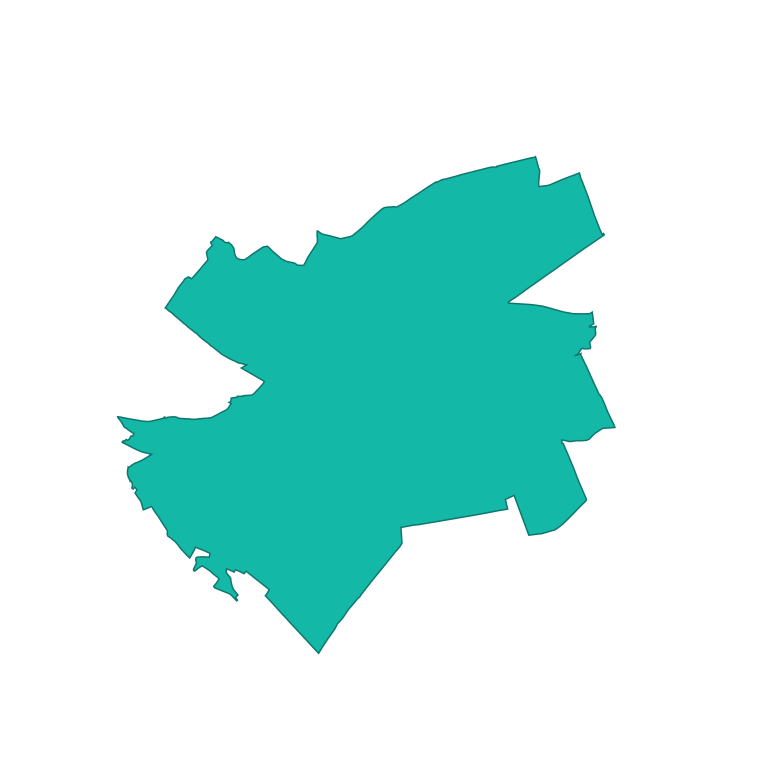 Nufaru, Tulcea, Romania (Robinson projection), rotated 332°
{"feature_id": "2599482B16280673296012", "entity_name": "Nufaru", "entity_type": "district", "adm_level": 2, "iso_a3": "ROU", "parent_name": "Romania", "parent_adm1": "Tulcea", "projection": "robinson", "projection_center": [28.921, 45.135], "detail": "fine", "context": "isolated", "style": "filled", "palette": "teal", "viewbox_px": 768, "rotation_deg": 332, "n_neighbors": 0, "source": "geoboundaries", "source_scale": "gbopen_adm2", "svg_char_len": 6123}
<svg xmlns="http://www.w3.org/2000/svg" viewBox="0 0 768 768"><g transform="rotate(332 384 384)"><path d="M233.1,210.7L226.5,214.2L227.4,215.5L227.8,217.0L228.5,218.7L230.2,221.9L231.1,224.9L233.8,231.5L235.7,236.6L236.8,238.7L237.6,241.4L239.9,246.5L241.2,249.7L242.1,251.1L243.6,255.8L245.4,260.4L246.2,261.8L247.8,265.3L249.2,269.3L249.9,270.4L254.0,279.7L254.7,281.5L256.8,284.9L257.3,285.8L258.1,286.8L258.7,287.9L260.8,290.9L263.7,294.6L264.4,295.8L265.1,296.7L265.8,297.5L268.0,299.2L270.3,301.4L271.8,302.7L265.5,302.9L279.3,325.0L279.4,325.5L278.7,326.2L277.5,326.9L275.5,327.7L264.6,331.5L263.7,331.6L262.2,331.7L259.9,330.8L254.0,328.1L253.8,328.4L253.1,328.3L250.4,327.0L248.8,326.0L248.1,326.8L244.7,325.4L242.5,324.7L240.2,327.9L239.9,327.9L238.7,327.5L239.2,328.3L239.2,328.9L239.4,329.4L239.8,329.6L234.7,332.3L232.8,332.8L230.1,332.8L226.6,332.7L223.7,332.8L218.3,332.7L216.5,332.7L214.9,332.3L212.6,331.5L208.0,329.4L205.6,328.5L204.2,327.8L203.1,327.4L202.1,327.2L196.6,324.3L196.5,324.0L196.1,323.6L194.0,322.5L186.3,317.7L186.2,316.9L184.2,315.0L180.4,313.0L177.2,311.8L176.8,312.1L176.0,311.9L174.4,311.3L175.0,310.3L174.4,310.2L172.8,310.6L172.2,310.5L166.0,308.9L161.0,307.5L158.6,306.6L156.6,305.5L152.8,303.0L141.1,293.9L136.7,290.2L133.5,287.9L133.4,288.6L133.4,289.1L133.7,291.1L134.3,294.7L134.4,299.7L137.5,306.1L139.8,310.4L138.9,311.2L137.6,312.1L136.2,311.2L135.4,311.6L133.1,313.1L131.3,313.4L130.2,311.9L128.5,312.6L128.2,313.0L127.6,312.0L126.9,311.8L125.4,312.5L130.8,320.3L133.0,323.5L136.2,327.7L137.8,329.6L138.8,330.7L143.9,335.3L146.0,337.0L145.1,337.4L144.6,337.0L142.4,337.3L137.1,337.6L134.9,337.7L129.3,337.4L127.9,337.1L125.8,337.0L123.2,337.2L121.9,337.5L120.2,338.0L119.2,337.1L118.9,337.8L117.8,338.9L116.9,340.0L115.4,342.7L114.6,345.6L114.4,349.0L114.2,351.1L115.2,351.1L115.2,353.1L114.2,355.6L112.5,357.5L113.1,359.0L115.5,358.1L116.3,361.4L113.0,363.4L114.2,373.7L112.4,382.1L112.5,382.2L121.2,383.0L121.4,383.9L121.4,385.7L121.8,390.5L122.2,392.8L122.5,395.2L123.3,405.9L123.8,410.6L123.8,411.5L123.7,412.0L123.4,412.7L122.0,415.0L121.8,415.7L121.8,417.0L122.0,417.5L122.6,418.4L123.5,420.0L124.0,421.4L124.5,422.8L125.1,424.0L125.6,425.3L126.0,427.0L126.5,428.9L126.8,431.3L127.3,434.3L129.4,442.1L130.7,446.4L133.0,445.1L138.6,441.5L140.8,439.6L146.7,446.4L150.8,451.8L148.4,454.9L143.2,451.7L137.9,449.2L136.2,449.4L135.1,450.9L134.4,454.0L132.8,455.2L128.9,458.1L128.4,459.0L128.4,459.7L128.8,460.1L130.1,460.2L133.6,459.5L135.5,459.3L137.9,459.2L139.6,461.7L142.6,467.4L144.3,472.1L146.3,476.6L146.8,478.3L146.4,479.0L144.1,480.3L141.4,481.6L138.7,482.6L138.5,483.1L139.1,484.9L149.1,496.7L150.2,499.2L152.1,506.3L153.2,506.0L152.5,502.8L156.0,501.8L155.0,496.7L154.6,494.5L155.0,491.0L155.2,490.2L156.4,485.9L157.2,484.2L157.4,483.5L157.3,482.4L156.3,477.3L156.5,476.5L156.5,475.5L157.2,475.0L157.6,473.9L157.8,473.6L158.3,473.3L158.6,473.5L159.3,474.5L162.3,478.2L163.2,479.7L165.4,478.4L165.9,478.6L168.7,481.9L171.4,485.8L174.3,484.5L186.2,511.7L182.0,514.2L179.8,515.3L181.1,519.8L182.6,525.4L186.6,541.4L186.8,541.5L188.8,549.5L199.8,591.1L201.2,590.3L206.2,587.3L214.9,582.6L224.6,577.7L227.4,576.0L230.3,573.8L233.4,573.0L239.3,570.4L246.6,566.5L261.1,560.7L261.8,560.8L262.2,560.8L262.5,560.7L264.9,559.2L268.2,557.8L278.7,553.1L289.0,548.7L289.7,548.5L315.1,537.6L321.4,535.2L324.2,533.6L325.1,533.1L331.6,518.6L343.8,522.5L348.7,524.5L400.6,541.7L415.0,546.3L425.8,549.6L428.3,550.5L434.5,552.5L435.7,547.6L436.0,546.8L437.0,542.9L446.6,543.4L440.9,585.5L450.9,589.3L452.1,589.8L452.2,590.0L466.3,593.0L468.4,592.9L473.4,592.1L476.7,591.4L484.3,589.2L491.4,587.0L494.0,586.1L501.0,583.9L506.1,582.4L507.8,581.7L508.4,581.2L508.6,580.7L510.5,558.4L511.8,548.5L513.1,534.8L514.3,520.8L513.4,519.7L514.5,517.0L516.2,517.9L520.1,521.4L521.5,522.3L527.7,524.6L530.8,526.4L536.6,528.9L539.6,529.0L542.9,527.8L547.3,526.6L551.0,526.3L555.2,525.8L557.0,526.1L566.5,530.4L567.5,530.8L568.0,526.8L568.0,524.0L568.4,513.6L569.4,504.8L569.8,499.4L569.8,498.2L569.5,496.1L569.5,495.6L569.6,495.1L569.1,494.8L569.8,480.7L570.9,465.2L571.4,450.9L571.7,450.0L572.1,449.6L568.8,449.3L566.2,448.7L566.3,448.5L569.3,448.6L575.3,445.4L578.5,447.7L582.4,449.4L583.1,449.2L583.7,448.6L584.1,446.7L585.2,444.0L585.9,443.3L589.9,441.8L592.3,440.7L593.4,440.2L594.0,439.7L594.4,439.2L594.9,438.2L595.4,436.8L596.5,434.3L598.0,433.2L598.5,432.8L598.1,432.5L595.9,432.0L592.2,430.2L592.5,429.6L597.5,429.3L601.6,418.3L600.0,418.5L598.7,418.4L597.4,417.9L593.3,415.9L584.2,410.9L576.1,404.5L560.5,389.6L551.4,383.1L532.8,371.6L531.8,370.8L532.5,370.0L542.2,369.0L557.5,366.9L611.4,360.1L621.0,358.8L648.4,355.8L648.5,354.2L646.9,354.4L647.2,348.6L648.9,334.2L652.1,314.4L654.0,299.1L654.2,296.0L654.6,293.3L655.0,292.3L655.6,289.4L636.8,287.1L623.6,286.0L621.3,285.4L613.6,282.5L614.0,280.8L615.8,277.7L620.2,271.1L621.8,268.3L621.9,265.8L622.5,263.5L624.5,254.4L623.0,254.4L620.5,253.5L595.2,247.0L585.9,244.8L585.9,245.3L583.1,244.4L582.4,243.7L580.1,242.7L550.4,235.4L544.9,234.3L535.4,232.1L531.0,230.8L524.8,230.7L524.7,230.0L516.4,230.6L502.2,232.0L494.4,232.6L487.3,233.6L482.6,233.7L478.1,233.7L477.1,233.2L476.6,232.4L476.2,232.1L473.2,231.0L471.4,230.0L467.1,228.4L464.0,228.6L456.2,230.4L446.6,233.0L440.2,235.1L433.4,236.7L425.8,238.2L423.8,238.1L414.1,235.4L413.2,234.8L412.5,234.2L411.9,233.4L407.6,229.6L405.5,227.5L401.6,224.2L399.4,222.1L397.5,218.1L397.1,217.6L396.7,217.6L396.5,218.1L394.9,221.0L392.6,226.0L391.9,227.2L390.4,228.5L387.8,230.0L376.2,236.4L372.6,239.0L368.8,241.6L363.4,238.5L362.0,235.5L355.4,229.9L352.3,225.6L347.9,214.3L347.0,211.1L345.8,207.7L342.2,206.4L341.3,206.3L328.6,207.6L323.8,208.4L319.6,208.8L317.4,207.9L314.9,206.1L313.3,203.9L312.9,201.8L313.3,198.8L314.6,195.5L315.1,193.1L314.7,189.6L313.8,187.3L313.1,185.8L312.3,185.9L310.0,184.4L309.2,181.4L304.6,175.0L299.4,177.3L297.6,177.3L297.2,178.8L297.4,181.2L291.2,183.1L289.1,184.2L286.8,191.7L280.2,194.3L275.7,196.2L263.5,200.8L262.5,198.8L261.6,197.6L257.2,197.8L255.3,199.0L247.8,202.3L240.7,206.7L233.1,210.7Z" fill="#14b8a6" stroke="#0f766e" stroke-width="1.5"/></g></svg>